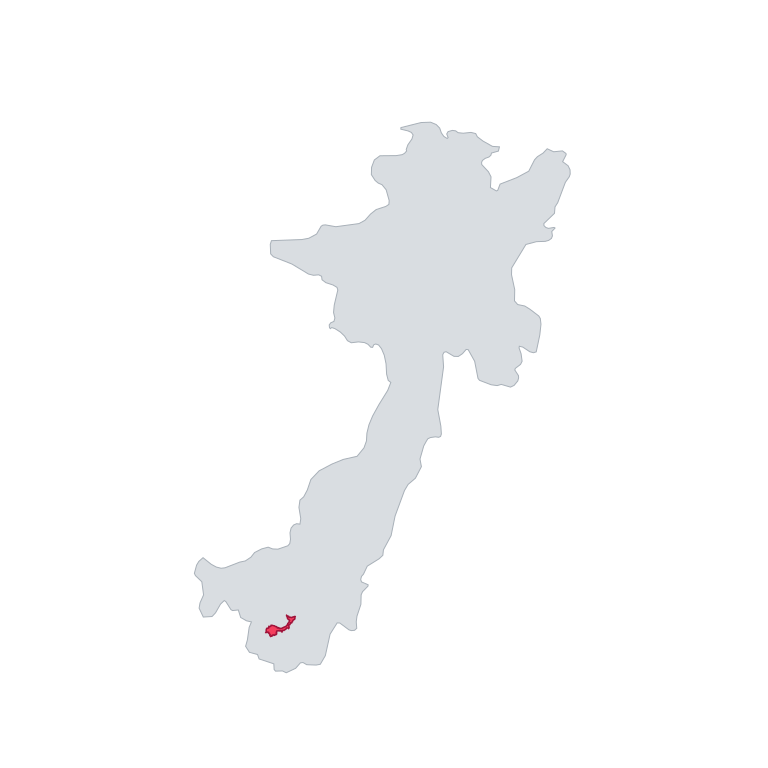 location of Samakkhixay, Attapu, Laos, rotated 63°
{"feature_id": "54806243B43927962205569", "entity_name": "Samakkhixay", "entity_type": "district", "adm_level": 2, "iso_a3": "LAO", "parent_name": "Laos", "parent_adm1": "Attapu", "projection": "albers", "projection_center": [106.794, 14.975], "detail": "fine", "context": "in_parent", "style": "filled", "palette": "rose", "viewbox_px": 768, "rotation_deg": 63, "n_neighbors": 0, "source": "geoboundaries", "source_scale": "gbopen_adm2", "svg_char_len": 8116}
<svg xmlns="http://www.w3.org/2000/svg" viewBox="0 0 768 768"><g transform="rotate(63 384 384)"><path d="M283.5,124.9L286.6,130.8L301.3,146.9L303.8,151.2L309.3,154.6L313.6,168.7L315.5,169.6L318.1,168.7L320.0,166.8L321.7,161.4L322.7,160.8L324.3,165.3L328.5,166.7L330.3,168.7L330.8,172.1L330.1,175.6L326.4,183.5L324.1,194.2L338.5,217.5L344.6,220.8L359.3,224.7L369.2,230.0L373.9,228.8L378.4,223.2L383.7,220.0L393.7,215.2L396.6,215.0L402.0,217.0L411.0,222.9L424.5,233.8L424.0,236.6L421.5,239.4L414.1,243.6L411.8,246.3L413.2,247.3L419.2,248.1L426.4,250.6L428.5,253.4L429.7,259.9L430.9,261.1L437.6,260.4L439.7,261.3L442.0,263.4L444.3,268.7L444.2,272.7L437.6,279.7L436.8,283.9L433.3,288.9L424.1,297.2L421.7,297.7L404.9,292.9L391.6,293.4L390.5,295.1L392.6,300.3L393.2,305.3L391.1,309.1L383.4,314.0L383.0,316.2L384.6,318.4L395.7,323.1L431.2,347.7L447.4,352.5L454.6,355.6L456.4,357.4L456.3,359.5L454.4,362.2L452.8,366.9L452.7,369.8L454.4,372.6L457.2,376.7L467.2,386.0L474.6,388.2L482.2,398.8L484.4,408.1L488.2,414.1L506.7,434.1L522.3,446.5L531.5,459.8L536.1,462.8L537.5,467.6L538.7,481.6L544.1,488.6L545.2,491.4L547.6,493.5L550.1,493.9L555.7,489.3L556.8,490.0L559.3,497.4L561.5,500.1L569.8,504.6L578.6,513.5L583.3,516.7L589.3,519.2L590.1,522.0L589.0,524.9L587.2,526.8L576.9,531.9L575.6,534.2L582.4,545.6L599.4,559.6L604.8,568.0L603.6,572.1L599.0,580.3L595.4,582.6L594.5,585.1L597.2,591.8L596.9,602.2L593.6,604.7L590.6,611.0L588.5,611.5L583.3,609.2L572.3,620.1L567.6,619.5L562.0,625.7L554.9,626.4L550.0,621.9L539.6,614.6L535.8,610.1L532.6,614.0L527.0,617.7L519.2,616.4L517.1,621.8L515.6,622.8L506.2,623.7L504.4,624.6L505.9,629.6L511.4,638.0L513.1,642.8L509.6,650.8L499.8,650.5L495.5,647.3L490.0,640.5L477.5,636.1L469.1,639.0L466.6,638.9L460.3,633.2L458.0,629.5L456.6,624.1L466.2,619.8L471.0,616.5L474.2,612.8L475.6,609.1L477.2,593.4L478.7,587.9L477.9,581.2L475.4,575.8L475.4,567.8L476.8,561.3L480.4,558.1L483.0,553.5L484.5,543.1L483.4,540.4L479.9,537.8L473.9,535.3L470.2,532.2L468.6,528.5L468.8,525.3L470.7,522.5L466.2,519.3L455.3,515.8L449.3,511.6L448.1,506.8L443.6,500.4L435.9,492.5L431.9,481.2L431.7,466.6L432.7,454.6L436.2,440.8L431.8,430.8L426.8,425.5L420.0,421.5L413.5,415.9L407.3,408.6L400.0,397.8L391.4,383.6L385.7,377.2L382.7,378.6L376.4,377.2L366.9,373.0L358.5,370.7L351.4,370.2L346.8,371.1L344.6,373.2L344.4,375.4L346.2,377.5L345.2,379.1L341.4,380.2L338.3,382.5L334.9,387.6L332.4,394.4L328.8,396.9L323.3,397.4L317.9,399.3L312.5,402.5L310.0,404.9L310.3,406.7L309.1,407.0L306.5,406.0L305.3,403.7L305.5,400.2L302.9,397.8L297.4,396.5L291.1,392.5L279.3,382.5L276.6,382.0L272.6,384.5L267.3,389.8L263.0,391.9L259.7,390.7L257.1,392.6L255.1,397.5L251.7,401.4L235.3,411.6L220.4,424.8L216.6,425.9L207.9,421.9L205.2,419.2L218.0,391.6L220.0,384.9L219.8,376.0L214.9,368.4L214.7,366.3L215.6,364.0L222.0,355.5L229.7,333.5L229.5,326.6L226.5,318.9L225.0,311.7L226.6,301.9L226.2,298.1L222.9,296.1L211.9,293.9L205.5,295.3L202.4,297.9L198.7,299.5L191.7,300.2L185.3,296.7L180.0,290.9L178.8,284.0L186.1,269.3L187.9,263.7L187.8,261.0L186.7,258.1L185.1,257.7L181.7,254.1L178.4,247.9L175.3,245.0L172.3,245.4L169.4,247.7L164.6,253.3L163.2,252.5L167.9,232.2L171.9,223.6L176.5,219.7L181.3,218.2L186.3,218.9L190.5,218.3L193.9,216.3L193.6,215.0L189.7,214.6L188.2,212.3L189.1,207.9L191.0,205.2L193.7,203.9L196.5,199.6L199.3,192.3L202.5,188.6L206.1,188.6L212.5,185.5L221.5,179.5L225.1,173.5L228.4,176.3L227.0,183.4L228.7,184.9L229.4,187.4L228.9,191.4L229.5,194.8L230.8,196.4L232.8,197.3L242.3,194.6L248.0,194.6L257.3,200.0L263.0,196.2L263.1,194.8L258.6,189.8L260.4,172.0L260.1,158.4L252.6,148.1L251.1,144.1L250.5,137.5L248.5,131.8L254.1,127.4L257.3,119.2L261.2,117.2L262.4,117.6L267.0,123.9L273.1,120.9L277.6,121.0L281.5,122.8L283.5,124.9Z" fill="#d9dde1" stroke="#a8b0b8" stroke-width="1"/><path d="M545.9,575.8L546.2,576.0L546.4,576.1L546.5,576.1L546.9,576.0L547.1,575.9L547.3,575.9L547.6,576.0L547.8,576.1L548.1,576.2L548.6,576.3L549.2,576.4L549.3,576.4L549.7,576.3L550.0,576.2L550.3,576.1L550.8,575.8L551.2,575.6L551.4,575.5L551.5,575.4L551.8,575.4L551.9,575.6L552.0,575.8L552.3,576.1L552.5,576.3L552.9,576.6L553.1,576.8L553.3,576.9L553.3,577.1L553.5,577.6L553.5,577.9L553.6,578.2L553.7,578.4L553.8,578.6L554.0,578.7L554.2,578.8L554.3,578.9L554.5,579.3L554.8,579.7L554.8,579.8L554.9,580.1L555.1,580.3L555.3,581.0L555.3,581.4L555.4,582.4L555.4,582.9L555.3,583.0L555.2,583.2L555.2,583.5L555.3,584.0L555.3,584.3L555.2,584.7L555.2,584.9L555.3,585.3L555.2,585.5L555.2,585.8L555.2,586.0L555.2,586.4L555.2,586.6L555.0,586.9L554.9,587.1L554.5,587.4L554.4,587.6L554.3,587.8L554.2,588.0L553.9,588.2L553.9,588.4L553.6,588.3L553.4,588.4L553.3,588.5L553.2,588.7L553.0,588.9L552.9,589.1L552.9,589.4L553.0,589.7L552.9,589.8L552.1,589.8L551.8,589.8L551.6,589.8L551.4,589.9L551.0,590.6L550.9,590.8L550.7,590.9L550.2,591.1L549.8,591.3L549.7,591.5L549.2,592.1L548.9,592.5L548.7,592.7L548.4,593.0L548.2,593.2L548.1,593.4L548.0,593.7L547.8,594.0L547.7,594.1L547.8,594.3L548.2,594.6L548.4,594.8L548.5,594.9L548.5,595.1L548.4,595.3L548.3,595.5L548.3,595.8L548.4,596.1L548.3,596.3L548.1,596.3L547.7,596.5L547.9,596.8L548.1,596.8L548.2,597.0L548.6,597.3L548.7,597.5L549.0,597.6L549.0,597.8L549.0,598.0L548.9,598.2L548.7,598.4L548.7,598.5L548.8,598.6L548.8,598.8L548.8,599.0L548.7,599.1L548.5,599.3L548.7,599.7L549.0,600.0L549.7,600.7L550.0,600.8L550.5,601.0L550.8,601.1L551.1,601.4L551.2,601.5L551.8,602.2L552.0,602.0L552.0,601.9L552.0,601.7L551.9,601.2L551.9,600.7L552.0,600.6L552.4,600.4L552.7,600.3L552.9,600.2L552.7,600.0L552.7,599.9L552.7,599.7L552.8,599.6L553.1,599.6L553.4,599.5L553.5,599.6L553.7,599.8L553.9,599.8L554.3,599.6L554.7,599.6L554.8,599.6L555.1,599.4L555.3,599.2L555.7,599.3L555.9,599.5L556.0,599.6L556.1,599.8L556.8,599.8L557.4,599.6L557.5,599.6L557.5,599.2L557.6,598.9L557.6,598.7L557.8,598.4L557.8,598.2L557.7,598.1L557.3,598.0L557.3,597.9L557.2,597.8L557.2,597.6L557.2,597.3L557.2,596.7L557.3,596.4L557.5,596.2L557.9,596.2L558.0,596.2L558.1,595.9L558.2,595.7L558.1,595.4L558.2,595.2L558.1,594.8L558.0,594.7L557.9,594.6L558.0,594.5L558.1,594.4L558.3,594.0L558.3,593.9L558.1,593.8L558.1,593.7L558.1,593.3L557.9,593.1L557.6,592.9L557.1,593.0L556.9,593.0L556.9,592.9L556.7,592.5L556.6,592.4L556.4,592.3L556.0,592.2L555.7,592.1L555.4,591.7L555.4,591.3L555.7,590.9L555.8,590.4L555.9,590.2L556.1,590.0L556.2,589.8L556.2,589.7L556.4,589.5L556.5,589.4L556.6,589.1L556.8,588.7L556.9,588.4L556.9,588.2L557.0,588.1L556.9,588.1L557.0,588.0L557.2,587.7L557.3,587.7L557.7,587.8L558.2,587.8L558.3,587.8L558.4,587.7L558.6,587.4L558.6,587.2L558.3,587.1L558.0,587.0L557.8,587.0L557.6,586.8L557.6,586.7L557.5,586.3L557.5,586.1L558.0,585.4L558.2,585.0L558.2,584.9L557.9,584.5L557.9,584.4L557.9,584.1L558.0,583.5L558.0,583.3L558.0,583.2L557.8,582.7L557.7,582.4L557.7,582.2L557.4,582.0L557.3,581.8L557.2,581.5L557.2,581.4L557.3,581.3L557.3,581.1L557.5,580.9L557.7,580.7L557.9,580.4L558.0,580.2L558.3,580.0L558.4,579.8L558.5,579.8L558.4,579.6L558.0,579.3L558.0,579.2L557.9,579.1L557.7,579.0L557.4,578.9L557.1,578.8L556.9,578.7L556.5,578.7L556.0,578.7L555.8,578.7L555.7,578.5L555.6,578.3L555.5,578.0L555.6,577.8L555.7,577.4L555.7,577.1L555.4,576.8L555.2,576.6L555.1,576.4L555.0,576.1L554.6,575.7L554.4,575.5L554.5,575.4L554.7,575.2L554.8,575.2L554.9,574.7L554.5,574.3L554.4,574.2L554.3,573.9L554.3,573.7L554.2,573.5L554.2,573.4L553.9,573.3L553.7,573.2L553.5,572.8L553.3,572.4L553.2,572.3L553.2,571.9L553.0,571.7L553.0,571.3L553.1,571.1L553.1,570.6L553.0,570.4L552.9,570.2L552.6,570.1L552.4,570.0L552.3,569.9L552.3,569.7L552.2,569.6L551.9,569.5L551.6,569.4L551.4,569.3L551.3,569.2L551.2,569.0L551.0,568.8L550.9,568.7L550.6,568.9L550.6,569.0L550.7,569.3L550.6,569.5L550.4,570.0L550.5,570.3L550.5,570.5L550.4,570.6L550.3,570.8L550.2,570.9L550.2,571.2L550.3,571.5L550.2,571.8L550.2,572.1L550.1,572.5L549.9,572.6L549.7,572.8L549.6,573.0L549.5,573.3L549.4,573.5L549.3,573.9L549.2,574.0L549.0,573.8L548.9,574.0L548.9,574.3L548.7,574.5L548.4,574.6L548.2,574.7L547.8,574.5L547.8,574.4L547.7,574.4L547.6,574.5L547.7,574.8L547.4,575.0L547.2,575.1L546.8,575.4L546.7,575.4L546.5,575.5L546.4,575.6L546.2,575.6L545.9,575.8Z" fill="#f43f5e" stroke="#9f1239" stroke-width="1.5"/></g></svg>